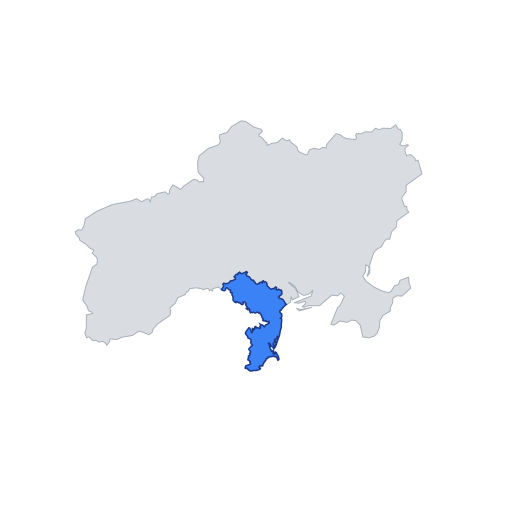 location of Odessa within Ukraine, rotated 332°
{"feature_id": "UKR-322", "entity_name": "Odessa", "entity_type": "Region", "adm_level": 1, "iso_a3": "UKR", "parent_name": "Ukraine", "parent_adm1": "", "projection": "orthographic", "projection_center": [29.872, 46.718], "detail": "fine", "context": "in_parent", "style": "filled", "palette": "blue", "viewbox_px": 512, "rotation_deg": 332, "n_neighbors": 0, "source": "natural_earth", "source_scale": "10m", "svg_char_len": 9777}
<svg xmlns="http://www.w3.org/2000/svg" viewBox="0 0 512 512"><g transform="rotate(332 256 256)"><path d="M345.7,339.1L351.5,346.8L356.1,350.7L358.4,350.7L364.3,347.4L368.4,348.0L371.7,345.1L380.8,346.3L378.5,351.6L377.6,357.0L366.1,359.9L361.5,357.1L356.9,357.6L354.6,361.6L350.3,364.5L348.9,367.6L340.6,368.0L335.2,371.0L331.2,377.1L326.7,381.0L323.1,382.3L317.2,381.2L312.4,377.6L315.5,366.1L314.0,360.1L310.2,357.4L305.6,357.4L299.4,352.8L292.5,353.7L290.1,351.3L303.9,339.8L306.9,339.2L315.2,333.0L313.4,328.3L309.8,329.7L304.6,326.2L288.7,329.7L278.9,324.4L274.3,323.8L273.2,322.5L277.8,321.1L278.1,319.0L271.6,317.8L268.1,315.3L285.8,317.3L290.4,312.7L285.6,314.5L280.6,313.6L278.7,312.2L276.4,307.8L276.1,301.5L273.8,295.9L272.0,294.2L275.6,303.3L275.0,312.1L267.5,311.8L268.1,308.2L264.7,313.0L258.9,313.2L251.5,315.6L248.5,324.8L238.9,337.6L230.1,341.9L227.1,341.2L225.8,342.2L225.2,346.1L226.7,348.0L228.0,354.3L227.5,356.9L224.4,353.4L220.7,351.8L216.7,352.3L209.3,355.8L206.8,355.2L207.0,357.0L206.3,357.6L199.4,355.6L196.4,353.8L194.1,350.5L196.3,349.0L200.6,348.4L200.5,343.7L205.9,337.9L206.1,335.2L210.8,331.6L212.1,327.6L210.5,321.7L211.2,318.6L216.2,316.6L216.5,321.2L217.6,320.8L218.8,318.4L225.6,320.6L227.6,319.0L230.5,322.2L235.7,321.3L236.9,319.9L232.4,316.2L232.8,310.3L231.3,306.9L224.7,302.6L223.4,297.4L224.0,292.8L220.7,291.0L215.3,285.8L217.1,276.7L216.7,273.3L215.3,270.7L211.0,271.1L207.9,265.7L202.7,264.6L201.2,266.5L200.4,264.7L198.7,264.7L198.8,262.5L197.7,261.7L193.4,261.0L192.4,259.0L187.8,255.8L182.2,253.7L179.0,255.6L177.6,255.0L175.3,256.9L167.3,256.1L162.3,259.9L155.5,261.4L154.8,264.3L152.2,268.0L137.2,269.8L130.7,272.3L128.6,274.6L124.6,275.3L118.4,268.0L116.4,267.4L109.8,268.2L99.2,264.7L93.7,264.3L88.3,260.7L86.3,263.1L82.3,264.7L82.1,262.0L80.5,259.3L76.7,258.2L75.6,255.8L72.1,253.9L70.6,248.9L68.0,248.7L68.8,243.5L72.3,240.1L78.6,228.4L84.7,230.0L85.0,228.7L82.3,225.6L83.3,221.7L82.3,213.8L83.7,211.8L91.3,203.1L106.3,189.1L111.7,188.5L114.3,184.8L114.6,182.1L112.7,176.6L115.4,174.9L115.3,174.0L113.3,171.7L111.3,165.6L107.8,159.5L108.4,156.8L107.2,152.8L107.6,149.9L111.2,149.3L114.2,151.2L117.9,148.9L123.0,142.9L136.9,141.8L153.7,143.2L170.2,148.5L177.4,149.4L180.3,154.4L186.3,154.4L188.0,155.4L188.1,158.4L191.4,154.9L194.4,156.0L197.8,154.5L206.0,156.8L206.9,159.5L208.6,160.3L211.0,156.9L216.0,154.2L220.8,162.0L224.9,160.4L236.9,159.0L239.9,161.5L240.4,163.8L244.6,165.7L246.3,162.8L244.3,155.2L245.3,152.3L248.6,145.7L252.9,140.8L264.5,138.7L275.3,140.2L278.4,138.1L279.8,133.0L281.1,131.9L288.4,133.4L294.9,130.3L306.3,129.7L310.1,132.4L314.4,140.9L320.3,146.9L320.1,148.9L315.1,150.4L315.0,151.5L316.9,154.2L317.8,160.3L318.7,160.9L317.7,163.7L323.2,164.0L327.8,165.8L334.7,164.3L336.9,168.7L340.0,169.0L340.3,172.0L343.3,178.9L342.6,182.6L343.2,184.9L347.2,190.0L349.0,190.6L353.1,187.4L357.7,188.0L361.9,191.7L365.8,191.4L368.5,193.4L371.0,190.6L384.1,185.6L387.7,189.0L388.4,191.4L390.7,194.6L398.3,199.8L400.3,199.0L400.6,196.2L402.1,195.2L406.4,197.6L410.4,197.5L416.4,200.9L421.4,199.3L424.5,202.6L427.8,202.6L434.9,206.7L441.0,205.8L441.1,210.4L442.8,212.2L442.9,216.0L439.2,222.5L435.3,224.8L437.1,227.6L442.2,228.9L442.6,229.8L438.3,230.8L436.8,233.2L436.1,238.1L440.3,239.1L442.2,244.7L441.5,246.6L444.0,247.4L441.1,261.4L421.8,264.0L418.6,269.8L413.0,272.2L411.5,274.0L410.5,281.8L412.3,283.0L410.9,286.4L411.5,289.0L397.1,291.0L393.2,296.4L387.1,298.3L382.0,303.9L379.6,302.6L376.8,302.9L371.0,306.7L365.5,306.8L361.3,308.5L352.5,316.9L348.7,324.0L344.6,326.3L350.1,320.4L350.2,317.4L348.7,315.3L345.4,321.1L340.8,323.8L341.4,330.3L345.7,339.1ZM281.5,327.7L268.5,324.7L267.2,321.1L270.1,324.2L281.5,327.7Z" fill="#d9dde1" stroke="#a8b0b8" stroke-width="1"/><path d="M194.1,350.5L193.8,350.1L194.3,349.1L195.5,348.2L197.1,348.4L198.7,348.8L200.2,348.9L200.6,348.7L200.7,348.3L200.6,347.1L200.9,346.7L201.4,346.5L201.1,346.0L200.9,344.7L200.1,344.0L201.0,342.6L202.1,342.1L202.2,341.9L202.1,341.3L202.4,340.7L203.9,340.6L204.5,340.2L204.6,339.9L204.5,339.1L205.3,338.8L206.1,338.3L206.2,337.9L206.2,337.3L205.9,335.6L205.9,335.1L206.1,334.7L206.5,334.4L210.4,333.4L211.0,333.2L211.0,332.6L210.6,331.2L210.6,330.4L210.8,329.9L211.5,329.0L212.0,328.2L212.3,327.4L212.2,326.7L210.5,325.0L210.5,324.5L210.8,323.5L210.8,323.0L210.3,320.3L210.4,319.4L210.9,318.7L212.5,317.6L213.7,317.2L215.7,316.1L216.1,316.1L216.5,316.6L216.6,317.3L216.6,320.3L216.1,321.2L216.1,321.6L216.5,321.9L216.9,321.6L217.7,320.7L218.3,320.6L218.4,320.2L218.3,319.3L218.4,318.9L218.8,318.3L219.1,318.4L220.0,320.1L220.3,320.1L221.3,318.6L221.7,318.1L222.1,317.9L222.6,318.0L222.8,318.2L222.7,318.6L222.5,319.3L222.6,319.8L224.0,320.2L224.3,320.5L224.9,321.6L225.6,321.8L226.2,321.4L226.4,320.9L226.3,320.1L226.4,319.9L227.5,319.7L227.7,319.2L227.7,318.3L228.0,318.8L229.2,319.9L229.6,320.7L229.8,321.2L229.8,322.0L230.2,322.5L230.7,322.5L231.5,321.7L232.2,321.4L234.8,321.6L235.8,321.4L236.4,320.9L236.9,319.9L236.3,319.6L235.7,319.9L234.3,318.6L234.5,318.3L234.1,317.6L233.8,317.5L233.4,317.7L233.1,317.2L232.2,316.8L231.9,316.4L231.8,315.7L232.7,315.6L232.9,314.9L232.5,313.6L232.5,313.2L232.8,312.2L232.9,309.7L232.5,308.7L232.4,307.5L232.2,307.4L231.6,307.6L231.2,306.7L230.6,306.1L228.6,306.0L228.2,305.7L227.4,304.5L226.0,304.2L225.3,303.5L224.6,303.6L224.4,303.2L224.7,301.1L225.2,300.5L225.4,300.0L225.4,299.5L225.2,299.1L224.7,298.6L224.3,298.6L223.8,299.4L223.6,299.6L222.7,297.9L222.7,297.7L223.8,297.5L224.1,297.2L224.3,296.4L224.0,294.7L224.1,294.0L224.7,293.7L224.9,293.2L224.9,292.4L224.7,291.7L224.4,291.2L223.6,290.7L222.8,290.7L222.3,292.1L221.9,292.5L221.2,292.5L220.6,292.1L220.3,291.6L220.1,290.2L219.9,289.8L218.9,289.4L218.5,288.3L217.8,287.9L217.4,287.2L217.1,287.0L216.8,287.2L216.3,287.7L216.0,287.4L215.8,287.1L215.3,285.7L215.0,284.4L215.3,283.6L216.4,281.9L216.6,280.7L216.6,279.6L216.7,278.6L217.6,277.4L217.6,277.0L217.3,276.7L216.6,276.5L216.4,276.3L216.4,275.9L216.6,275.4L217.6,274.1L217.6,273.7L216.3,273.0L215.8,271.0L215.3,270.3L214.6,270.2L213.9,270.5L213.0,271.7L212.2,271.9L211.5,271.6L210.8,271.0L210.1,270.2L209.7,269.5L210.1,269.2L211.9,268.4L212.3,268.1L212.9,267.4L213.6,266.9L213.7,266.6L213.5,265.5L213.6,265.3L214.5,264.9L214.9,265.0L216.3,266.2L217.9,266.9L219.9,266.9L221.9,266.0L222.2,266.0L223.5,266.7L225.1,266.8L226.6,266.6L227.0,266.8L227.1,266.7L227.5,265.4L227.4,265.1L226.9,264.4L226.9,264.0L227.2,263.8L227.9,263.8L229.1,263.2L230.1,262.9L230.7,263.3L231.2,263.9L231.4,263.9L231.6,263.7L232.2,262.7L232.4,262.6L233.1,263.0L233.9,262.6L234.5,264.1L234.9,264.7L235.7,265.1L240.2,265.3L240.2,266.0L240.7,266.3L240.6,266.6L240.0,266.7L239.7,267.0L239.4,266.9L238.4,267.5L238.7,267.8L238.8,268.1L238.7,268.7L238.6,269.1L238.5,269.7L238.8,269.9L239.5,270.2L240.3,271.2L240.8,274.8L241.0,275.3L242.4,276.2L242.5,276.9L242.1,277.4L242.1,277.6L242.8,278.5L242.8,278.9L242.6,279.6L243.0,280.8L244.2,281.6L245.3,281.4L245.8,281.8L246.7,281.1L247.3,281.4L248.3,281.5L248.5,281.7L248.7,282.5L248.9,282.7L249.1,282.5L249.4,281.5L250.7,281.2L250.9,281.5L250.9,282.1L250.8,282.7L251.8,282.9L252.6,284.0L252.7,285.0L252.7,285.3L252.4,285.4L252.3,286.5L251.9,287.7L253.1,291.3L253.8,292.5L255.8,292.7L256.2,293.2L256.5,293.3L257.1,293.0L258.9,292.6L259.2,293.1L259.3,293.6L259.2,294.0L258.9,294.3L258.2,294.7L258.2,295.5L259.6,296.2L260.5,296.0L260.8,296.6L261.2,297.0L261.5,297.7L262.3,298.0L262.3,298.3L262.1,298.9L262.1,299.6L261.6,300.3L261.4,301.2L260.8,301.6L260.6,302.0L258.8,302.2L258.2,302.1L257.8,302.7L256.6,302.8L256.4,303.0L256.7,303.9L257.0,304.6L257.9,305.2L258.6,306.3L259.3,306.8L259.6,309.6L259.7,310.1L259.6,311.3L260.0,313.1L259.4,313.1L255.7,314.0L255.0,314.6L254.6,314.5L254.3,314.6L252.7,315.6L251.6,315.4L251.3,315.6L250.6,316.8L251.2,318.7L251.5,319.0L251.2,319.5L251.0,320.6L249.7,322.2L248.6,322.1L248.4,322.3L249.0,322.8L249.1,323.1L249.1,323.4L248.4,325.0L246.9,327.2L246.1,328.6L245.6,329.0L245.0,330.7L242.3,333.4L239.8,336.6L238.6,337.9L237.1,339.1L237.2,338.7L237.1,336.9L236.9,336.8L236.5,337.3L236.2,339.2L236.0,339.3L235.7,339.0L235.4,339.3L234.4,338.4L233.8,338.2L233.4,338.5L233.2,339.1L233.0,340.6L232.6,340.0L232.7,339.4L232.6,339.2L232.4,339.3L232.3,339.7L232.3,340.7L232.7,341.3L232.6,342.1L232.3,341.6L231.8,341.3L231.8,340.9L231.6,340.8L231.3,341.3L230.1,341.4L229.7,341.7L229.5,342.3L229.7,342.8L230.6,343.2L231.1,343.8L229.8,344.5L229.4,344.3L229.3,344.6L229.4,345.0L228.4,345.4L228.1,345.6L228.2,344.8L227.9,343.9L227.5,343.3L227.0,343.0L227.1,342.8L226.9,341.3L227.3,340.3L227.0,339.8L226.4,339.3L226.1,338.8L225.9,339.0L225.9,339.5L226.3,340.1L225.7,341.2L225.7,342.0L226.0,342.6L225.2,343.2L225.1,344.4L225.1,345.9L224.9,347.4L225.8,347.8L226.2,347.8L226.6,347.7L227.5,346.9L226.5,348.4L226.0,348.8L225.7,349.4L225.3,349.7L225.3,350.0L225.6,350.7L226.0,351.1L226.3,351.1L226.4,350.1L226.8,350.0L226.8,350.9L227.1,350.7L227.4,350.6L227.6,350.8L227.7,351.3L227.9,350.3L228.1,350.0L228.4,350.4L228.6,350.9L228.6,351.6L228.4,352.0L228.0,352.0L228.3,352.3L228.5,352.9L228.6,355.2L228.0,357.0L228.0,357.6L227.6,358.1L226.8,358.4L226.4,358.3L226.6,357.8L226.4,357.4L226.7,356.5L226.6,355.3L226.2,354.2L224.5,352.6L221.3,351.5L219.6,351.3L218.9,351.0L218.0,351.7L216.8,351.6L216.0,352.2L215.6,352.7L215.1,352.8L214.6,353.2L213.3,353.6L211.8,354.7L211.1,354.8L210.8,355.2L210.6,356.0L210.1,356.2L209.0,355.3L208.5,355.2L207.9,354.8L207.6,354.6L207.0,354.8L207.0,355.7L206.3,356.0L206.3,356.3L206.4,356.8L207.2,357.3L206.7,357.7L205.1,357.8L202.2,357.1L200.3,356.0L198.3,355.5L197.2,354.9L196.7,354.6L196.3,353.8L195.6,352.0L195.8,351.4L195.3,350.8L194.7,350.4L194.1,350.5ZM230.9,344.5L235.7,339.9L236.9,339.3L232.0,344.0L229.8,345.6L228.1,346.4L229.6,345.4L229.9,344.8L230.9,344.5Z" fill="#3b82f6" stroke="#1e3a8a" stroke-width="1.5"/></g></svg>